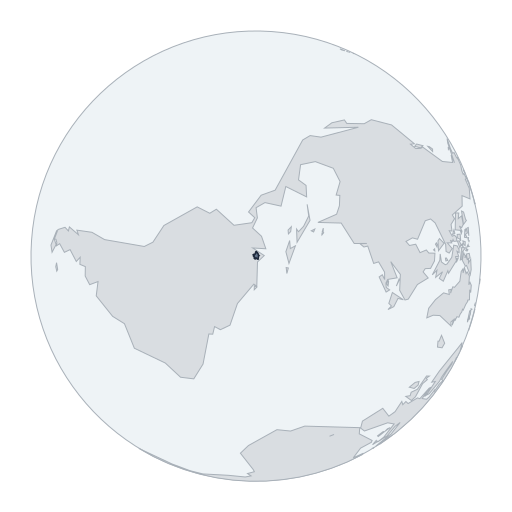 Lara on an orthographic globe, rotated 94°
{"feature_id": "VEN-34", "entity_name": "Lara", "entity_type": "State", "adm_level": 1, "iso_a3": "VEN", "parent_name": "Venezuela", "parent_adm1": "", "projection": "orthographic", "projection_center": [-69.693, 10.08], "detail": "fine", "context": "on_globe", "style": "filled", "palette": "slate", "viewbox_px": 512, "rotation_deg": 94, "n_neighbors": 0, "source": "natural_earth", "source_scale": "10m", "svg_char_len": 9815}
<svg xmlns="http://www.w3.org/2000/svg" viewBox="0 0 512 512"><g transform="rotate(94 256 256)"><circle cx="256" cy="256" r="225" fill="#eef3f6" stroke="#a8b0b8"/><path d="M223.1,262.5L217.9,259.9L212.6,266.5L195.0,255.1L189.0,241.5L137.0,217.5L132.1,210.4L132.9,199.4L120.4,162.8L123.6,196.5L117.8,189.6L114.1,177.3L117.4,174.7L116.5,157.3L112.0,150.5L115.8,129.9L133.0,105.8L133.7,109.7L137.7,104.1L137.1,99.1L135.7,97.3L148.7,76.7L149.0,66.4L141.6,68.4L149.1,64.5L130.0,72.6L125.4,73.6L135.3,69.5L139.8,67.0L139.0,65.7L143.5,63.0L145.6,61.0L151.1,58.1L156.4,56.7L160.1,55.0L159.2,54.3L164.2,51.5L164.8,52.6L173.6,48.0L184.1,46.5L181.4,54.7L191.9,53.8L201.3,63.0L205.0,60.6L210.9,63.6L217.4,62.2L217.3,65.0L222.6,61.6L221.4,59.4L223.4,57.4L227.1,56.6L227.6,59.7L225.8,60.6L227.9,61.2L226.6,63.2L229.3,61.7L229.5,66.1L234.9,60.8L239.6,63.5L238.2,66.7L231.2,67.6L210.5,79.6L206.9,84.4L209.0,89.6L228.0,96.0L227.0,101.2L231.0,107.4L234.8,103.6L233.1,97.5L241.2,92.6L238.1,86.5L241.0,83.8L240.7,77.7L248.5,77.6L256.2,81.0L256.8,86.3L260.2,88.2L265.9,82.7L273.2,93.0L288.4,101.1L289.5,104.3L280.2,110.3L264.3,110.7L252.2,121.2L267.9,113.7L270.2,123.0L273.9,124.5L278.3,123.9L280.5,120.3L282.9,123.7L268.3,131.7L265.9,128.7L270.5,126.0L263.1,126.6L253.3,133.3L255.2,138.1L238.3,145.2L239.5,149.0L236.5,153.1L235.7,146.3L236.7,158.9L217.2,173.3L218.2,196.6L208.7,178.5L200.1,176.3L189.7,176.6L189.6,180.3L175.9,177.3L163.1,185.0L157.7,203.4L161.8,217.9L177.1,218.9L182.1,211.0L193.5,209.6L184.6,231.1L204.5,234.5L202.1,250.8L207.8,259.3L217.9,257.3L228.3,261.4L235.9,251.9L248.1,246.7L248.2,259.9L255.0,247.8L261.8,254.1L286.1,253.1L284.2,256.2L304.7,271.2L326.8,277.1L332.0,286.4L329.3,292.4L337.0,293.7L337.1,297.6L367.5,301.3L382.9,309.5L382.2,322.8L369.1,339.0L356.5,370.9L332.7,382.5L326.2,394.8L306.9,412.6L292.5,411.8L296.2,419.9L287.9,425.0L278.5,425.5L276.6,431.1L269.5,431.3L274.0,434.9L262.6,441.9L265.7,447.4L257.4,452.7L259.7,455.7L256.6,455.6L253.3,456.7L253.0,458.3L243.4,455.4L240.7,448.5L244.1,444.9L240.0,444.2L247.2,434.6L242.7,436.5L243.8,421.3L250.2,408.2L254.3,368.1L249.4,359.8L232.0,350.0L211.1,318.1L216.6,305.1L212.1,298.8L226.9,280.1L223.1,262.5ZM43.4,186.7L45.1,181.6L44.4,185.1L43.4,186.7ZM46.0,178.4L45.4,180.2L45.9,178.7L46.0,178.4ZM46.2,177.3L46.0,178.1L46.0,177.7L46.2,177.3ZM46.2,176.4L46.3,176.7L46.2,176.8L46.2,176.4ZM216.7,204.6L239.5,216.0L226.3,217.4L228.8,215.3L223.1,210.6L212.4,206.2L200.9,208.6L216.7,204.6ZM47.0,173.5L47.2,172.6L47.4,172.3L47.0,173.5ZM227.5,191.7L223.5,190.8L227.5,190.7L227.5,191.7ZM134.3,97.2L136.6,99.4L135.5,105.3L133.1,103.6L134.3,97.2ZM137.0,87.3L139.4,87.1L134.6,92.3L134.8,90.8L137.0,87.3ZM135.3,70.9L136.3,71.5L133.8,71.9L135.3,70.9ZM145.0,61.3L143.3,62.1L145.1,60.9L145.0,61.3ZM236.4,78.3L238.5,78.0L237.5,79.3L236.4,78.3ZM234.3,76.1L231.7,77.8L230.3,77.0L232.0,76.0L234.3,76.1ZM155.1,55.4L158.7,53.4L156.0,55.1L155.1,55.4ZM238.0,74.3L228.2,75.5L225.8,74.2L230.2,69.3L238.0,74.3ZM161.3,52.1L169.7,48.0L166.6,49.2L180.2,44.1L168.5,48.8L165.7,50.6L164.7,50.6L161.3,52.1ZM219.5,59.2L220.8,61.4L216.2,60.4L219.5,59.2ZM216.0,59.1L199.1,60.0L199.0,56.7L204.6,56.8L201.6,53.7L209.9,51.5L213.4,52.8L211.9,55.2L216.2,52.6L216.0,59.1ZM186.3,42.2L189.1,41.3L187.2,42.1L186.3,42.2ZM223.8,56.5L220.4,56.8L220.0,53.9L226.7,52.8L224.7,54.1L223.8,56.5ZM196.8,54.1L197.7,52.0L204.6,49.6L205.9,48.6L210.0,51.2L196.8,54.1ZM226.7,54.3L230.2,52.4L233.7,53.2L227.1,56.1L226.7,54.3ZM217.1,53.7L217.2,52.3L219.3,52.7L217.1,53.7ZM248.4,55.7L244.3,55.6L243.8,54.0L248.4,55.7ZM231.2,51.7L230.0,51.5L229.3,51.0L232.3,50.0L231.2,51.7ZM214.6,49.5L217.3,49.1L213.3,48.3L218.3,46.8L220.2,48.9L221.5,47.4L223.0,47.0L222.8,49.3L214.6,49.5ZM233.2,47.5L237.3,50.4L245.0,50.6L245.7,51.9L233.2,51.4L233.2,47.5ZM227.1,48.3L231.1,48.1L229.9,49.6L226.5,50.7L227.1,48.3ZM221.0,45.1L212.9,46.8L212.7,46.3L221.0,45.1ZM235.7,47.2L234.6,46.6L236.4,47.1L235.7,47.2ZM225.8,45.3L222.9,45.9L222.8,45.3L225.8,45.3ZM235.0,45.0L236.3,45.8L234.0,46.5L235.0,45.0ZM230.9,44.9L231.5,44.0L232.4,46.3L229.7,45.2L230.9,44.9ZM226.2,44.7L225.2,44.5L227.4,44.5L226.2,44.7ZM242.8,42.3L244.4,45.0L239.4,46.4L238.5,43.5L242.8,42.3ZM259.4,461.3L244.2,456.5L252.7,458.7L258.5,456.2L266.5,459.7L259.4,461.3ZM276.6,454.5L283.3,452.9L285.0,453.7L280.7,455.0L276.6,454.5ZM435.1,119.4L435.2,119.5L429.0,111.9L425.2,107.3L435.1,119.4ZM408.3,90.0L420.5,102.2L424.0,105.9L427.8,111.5L434.0,118.5L437.2,123.1L427.9,113.2L424.1,108.8L412.0,100.6L416.3,105.5L428.1,113.9L427.1,113.9L433.1,121.8L427.8,115.9L413.9,106.5L413.2,113.0L423.0,135.6L420.4,139.6L413.3,138.3L399.1,118.9L406.5,112.3L401.6,106.4L390.9,100.4L394.1,99.2L390.7,96.3L392.6,94.0L386.3,85.0L386.9,82.6L375.8,74.1L374.6,72.0L381.5,77.4L386.6,80.3L387.0,75.9L384.6,73.5L377.3,68.6L378.3,68.5L371.2,64.4L367.2,60.8L366.2,62.2L357.6,57.7L350.4,53.3L347.4,52.4L359.1,59.6L363.9,62.4L368.3,64.3L381.3,73.6L383.0,76.4L368.7,68.4L369.6,71.9L358.1,65.1L333.7,48.1L328.0,44.3L336.8,45.8L343.1,48.4L343.1,48.9L351.1,51.9L346.6,49.9L347.5,50.2L339.5,46.8L354.6,53.4L369.0,61.1L382.8,69.8L395.9,79.4L408.3,90.0ZM339.6,46.8L331.7,43.9L331.1,43.6L332.2,44.0L339.6,46.8ZM189.0,40.9L180.2,44.1L166.6,49.2L166.9,49.1L189.0,40.9ZM456.1,359.5L469.3,325.3L474.8,306.7L477.1,293.8L476.7,268.2L477.2,251.3L475.7,245.6L473.6,249.3L471.3,242.6L469.4,243.7L453.8,257.8L445.6,250.3L427.8,223.0L428.2,209.3L422.3,195.5L420.0,140.5L426.2,140.6L431.9,127.3L433.8,127.9L440.4,138.3L450.5,144.9L445.2,135.0L446.8,136.3L455.2,150.7L462.4,165.8L468.5,181.3L473.5,197.2L477.2,213.5L479.8,230.0L481.1,246.6L481.2,263.3L480.0,280.0L477.6,296.5L474.0,312.8L469.2,328.8L463.2,344.4L456.1,359.5ZM428.6,165.7L430.6,169.9L430.6,170.0L428.6,165.7ZM286.9,252.9L289.8,255.4L285.9,255.6L286.9,252.9ZM224.3,222.8L229.2,223.1L231.7,225.2L227.9,225.8L224.3,222.8ZM265.7,222.9L271.3,224.0L265.4,225.1L265.7,222.9ZM243.1,217.4L261.1,222.6L249.6,226.5L238.2,223.5L246.2,222.3L243.1,217.4ZM225.0,199.2L228.0,200.2L227.0,202.6L225.0,199.2ZM230.4,191.7L229.2,191.9L227.7,189.9L230.4,191.7ZM271.0,122.5L272.3,121.9L276.7,122.2L274.6,123.7L271.0,122.5ZM296.9,115.0L300.2,120.6L296.4,117.4L294.0,120.2L282.9,117.4L289.4,105.9L288.4,111.4L296.9,115.0ZM269.9,111.4L276.2,113.9L269.1,111.7L269.9,111.4ZM369.8,84.6L373.5,85.3L377.1,89.0L376.2,93.9L371.0,88.4L369.8,84.6ZM377.7,85.7L363.8,77.5L363.7,74.7L366.1,77.6L367.4,76.5L371.7,80.9L385.3,87.1L389.3,90.9L385.6,96.8L384.6,92.5L381.1,91.7L377.7,85.7ZM328.2,67.4L322.2,65.4L329.9,61.7L334.6,64.0L334.2,68.6L328.2,68.5L328.2,67.4ZM247.7,66.2L244.9,66.9L244.7,65.9L247.0,64.4L247.7,66.2ZM246.6,55.7L259.8,62.7L257.3,63.6L268.1,67.4L265.6,71.6L258.7,68.8L264.8,75.3L257.6,74.5L262.5,78.8L247.4,72.3L241.1,72.4L249.0,70.6L251.5,66.6L250.7,64.9L243.7,60.6L231.4,59.5L231.9,56.0L235.5,53.9L238.5,53.6L237.3,55.8L242.2,53.8L242.7,56.9L246.6,55.7ZM277.5,39.3L274.7,40.5L284.8,40.0L285.3,41.8L286.4,41.6L289.7,43.4L295.5,45.5L294.7,46.3L297.4,46.8L299.6,48.2L302.9,49.3L302.6,51.4L306.7,53.0L304.3,53.1L311.4,55.5L306.0,54.8L308.3,57.0L312.3,56.5L302.6,68.4L302.7,75.1L305.8,81.3L296.1,80.1L287.0,73.9L279.7,66.3L280.9,60.5L276.3,61.4L275.6,59.0L279.5,59.3L273.0,57.5L273.4,55.8L266.9,50.9L257.1,50.2L254.5,48.7L258.5,48.2L253.1,47.2L258.9,45.2L257.1,44.3L261.1,41.7L269.9,41.7L267.3,40.7L270.2,39.2L277.5,39.3ZM244.2,41.6L254.5,40.4L259.9,41.0L250.8,45.3L251.5,46.4L245.9,49.9L238.2,49.0L240.5,48.0L241.0,47.0L243.2,47.6L241.8,46.3L244.9,45.0L244.7,43.8L248.1,43.6L244.2,41.6ZM431.6,123.2L432.3,122.9L432.3,121.3L436.1,126.6L431.6,123.2ZM422.3,116.9L422.3,115.6L427.6,121.5L426.9,122.2L422.3,116.9ZM417.8,110.2L421.9,115.1L419.2,112.8L417.8,110.2ZM381.0,76.2L380.4,74.9L382.1,75.9L384.5,78.0L381.0,76.2ZM307.3,40.5L304.9,40.5L303.6,40.1L295.9,39.0L294.9,37.9L299.1,38.1L307.3,40.5ZM438.6,124.7L439.6,125.5L439.6,126.1L438.6,124.7ZM304.9,39.2L301.9,38.8L303.3,38.5L304.9,39.2ZM293.7,37.1L294.6,36.7L293.8,37.7L293.7,37.1ZM297.8,34.6L303.9,35.9L307.5,36.7L315.5,38.7L303.3,35.8L293.6,33.9L297.8,34.6ZM266.9,31.0L268.4,31.1L264.5,31.0L263.0,30.8L266.9,31.0ZM287.1,33.8L290.7,34.4L289.5,34.5L287.1,33.8ZM188.1,41.5L189.0,41.3L186.6,42.0L188.1,41.5Z" fill="#d9dde1" stroke="#a8b0b8" stroke-width="1"/><path d="M258.8,256.9L258.8,257.1L258.6,257.3L258.4,257.4L258.4,257.5L258.2,257.5L257.9,257.5L257.7,257.4L257.7,257.2L257.6,256.9L257.6,257.0L257.4,257.2L257.3,257.5L257.2,257.7L257.0,257.8L256.8,257.8L256.6,257.8L256.4,257.8L256.3,258.0L256.3,258.3L256.2,258.4L256.2,258.5L256.3,258.5L256.2,258.6L255.9,258.7L255.7,258.6L255.4,258.6L255.4,258.4L255.5,258.3L255.6,258.1L255.4,258.0L255.2,258.1L254.8,258.3L254.7,258.5L254.6,258.3L254.4,258.2L254.3,257.9L254.3,257.7L254.5,257.7L254.8,257.6L254.7,257.5L254.7,257.4L254.5,257.2L254.4,257.2L254.2,257.2L254.0,256.9L253.9,256.9L253.9,257.0L253.8,256.9L253.7,256.8L253.5,256.7L253.4,256.6L253.2,256.6L252.9,256.6L252.7,256.4L252.6,256.2L252.4,256.2L252.3,256.3L252.2,256.5L252.3,256.7L252.2,256.7L251.9,256.5L251.7,256.4L251.6,256.2L251.5,255.9L252.0,255.6L252.1,255.4L252.2,255.2L252.3,255.1L252.5,254.9L252.8,254.9L252.8,254.7L253.0,254.5L253.1,254.4L253.3,254.4L253.4,254.2L253.5,254.2L253.9,254.1L254.0,254.0L254.1,253.9L254.2,253.7L254.3,253.7L254.6,253.8L254.7,253.7L254.9,253.7L255.0,253.6L255.3,253.6L255.5,253.5L255.5,253.4L255.6,253.5L255.8,253.5L255.9,253.4L256.1,253.3L256.4,253.4L256.6,253.4L256.7,253.5L256.8,253.6L257.0,253.5L257.6,253.6L257.8,253.6L258.2,253.6L258.4,253.6L258.5,253.6L258.8,253.6L259.0,253.6L259.1,253.8L259.1,254.0L258.9,254.1L258.7,254.1L258.5,254.3L258.5,254.5L258.4,254.5L258.5,254.7L258.6,254.9L258.6,255.0L258.6,255.3L258.4,255.4L258.2,255.5L258.1,255.8L257.9,255.7L257.8,255.8L257.9,256.0L258.0,256.1L258.1,256.3L258.1,256.5L258.3,256.7L258.3,256.8L258.4,256.7L258.5,256.4L258.8,256.3L258.9,256.5L259.0,256.6L258.9,256.7L258.8,256.9Z" fill="#64748b" stroke="#1e293b" stroke-width="1.5"/></g></svg>